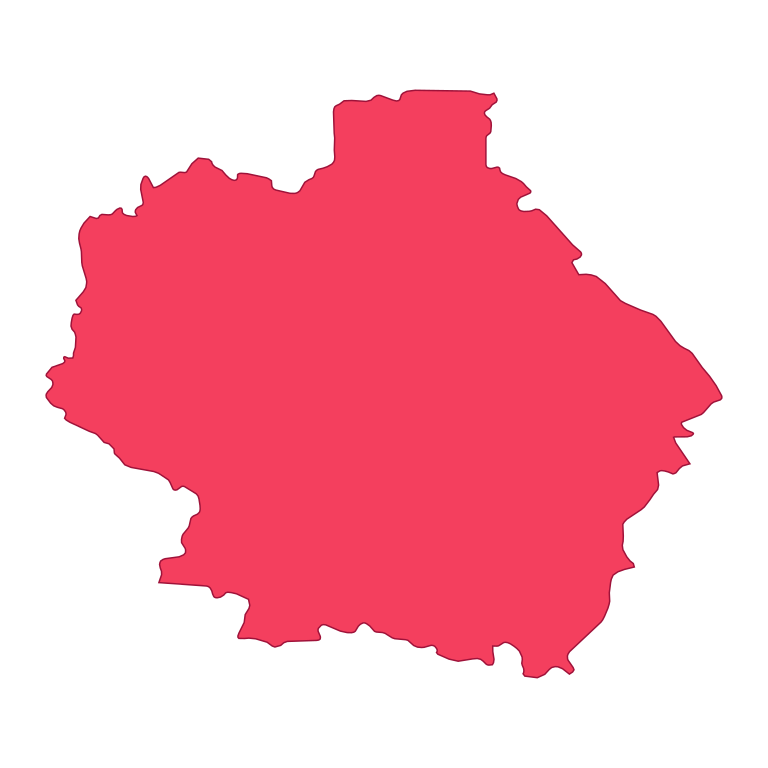 the border of Tambov
{"feature_id": "RUS-2375", "entity_name": "Tambov", "entity_type": "Region", "adm_level": 1, "iso_a3": "RUS", "parent_name": "Russia", "parent_adm1": "", "projection": "natural_earth1", "projection_center": [41.398, 52.709], "detail": "fine", "context": "isolated", "style": "filled", "palette": "rose", "viewbox_px": 768, "rotation_deg": 0, "n_neighbors": 0, "source": "natural_earth", "source_scale": "10m", "svg_char_len": 6041}
<svg xmlns="http://www.w3.org/2000/svg" viewBox="0 0 768 768"><path d="M77.0,314.4L78.9,314.2L80.2,313.3L81.5,310.9L81.6,309.2L81.0,307.8L78.7,306.3L77.5,304.8L75.9,300.3L83.3,291.8L85.9,287.5L86.6,283.3L86.7,281.4L86.1,278.3L82.3,265.8L81.8,262.4L81.4,251.6L81.0,249.0L79.5,243.1L78.8,238.7L79.1,234.0L79.8,230.9L81.0,228.1L84.0,223.1L90.1,216.5L96.3,218.5L98.4,218.0L99.9,215.5L101.9,214.4L108.3,214.9L110.6,214.7L112.3,214.0L115.5,210.6L117.1,209.3L119.9,208.0L121.4,208.3L122.1,209.5L122.4,212.8L123.9,214.3L126.6,215.5L132.7,216.5L135.6,216.3L137.0,215.6L135.3,212.4L135.3,211.0L135.7,209.7L137.6,207.5L141.9,205.4L142.8,204.6L143.3,202.5L140.7,189.4L140.9,184.5L143.1,178.3L144.2,176.7L145.5,176.2L146.8,176.6L147.8,177.5L148.7,178.6L153.4,187.6L156.0,187.3L160.3,185.3L178.9,172.4L180.5,172.2L184.7,172.6L186.5,172.1L191.9,163.7L198.2,158.1L208.7,159.3L211.6,161.7L212.0,163.4L213.1,165.2L215.1,167.1L222.0,170.5L225.8,175.0L229.3,178.3L231.8,179.7L234.2,180.4L235.9,180.1L237.0,179.1L237.5,177.8L237.6,174.7L238.0,174.2L239.4,173.5L241.0,173.3L247.2,173.7L266.5,177.8L268.8,178.9L271.4,180.7L271.8,185.7L272.2,187.2L273.6,189.0L275.7,190.0L290.0,193.3L294.4,193.4L296.3,193.1L297.8,192.4L299.9,190.8L304.8,182.3L308.9,179.7L311.9,178.5L313.4,177.3L314.0,176.0L315.5,171.5L316.6,170.3L318.1,169.4L323.1,168.2L327.3,166.7L331.8,164.2L333.5,162.3L334.5,160.3L334.8,156.9L334.3,150.2L334.7,138.0L334.2,133.2L333.5,111.8L334.0,108.6L334.8,106.8L336.2,105.7L339.5,104.2L344.0,100.8L351.8,100.5L366.1,101.4L371.0,100.2L373.9,97.4L376.8,95.6L378.9,95.3L380.7,95.6L392.8,100.1L396.5,101.0L398.5,100.6L399.8,99.6L401.4,94.8L403.1,93.1L407.0,91.3L415.1,90.3L470.4,91.1L479.5,93.9L487.5,94.8L490.1,94.8L493.9,93.2L496.9,98.8L497.0,100.3L496.2,102.1L492.2,104.7L489.6,108.2L485.7,110.7L484.7,111.7L484.4,113.1L484.9,114.8L486.7,116.8L489.6,119.1L490.5,120.5L491.1,122.4L491.3,125.6L490.8,131.5L490.2,132.9L486.7,135.7L486.1,137.0L485.9,138.5L485.9,164.6L486.3,166.3L487.3,167.6L489.8,168.5L491.8,168.5L497.1,167.1L498.5,167.3L499.6,168.2L500.0,170.3L500.7,172.0L502.4,173.5L505.1,174.8L515.8,178.5L521.3,181.6L523.5,183.5L526.3,186.8L530.6,190.7L530.8,191.9L530.0,193.1L520.6,197.2L518.3,199.4L516.8,203.8L517.4,206.4L518.5,209.0L519.4,210.1L521.3,211.0L523.9,211.5L529.2,211.3L531.8,210.8L535.6,209.2L539.3,209.7L546.7,215.8L572.5,244.8L580.7,252.0L581.4,253.3L581.5,254.8L580.2,257.0L577.0,259.0L573.5,259.8L571.9,262.7L578.8,274.7L586.1,274.3L591.1,274.9L596.3,276.5L605.3,283.6L620.4,300.6L625.3,303.4L640.7,310.1L652.9,314.4L656.0,316.3L660.9,321.3L675.5,341.5L680.0,345.7L684.3,348.3L689.1,350.7L692.2,353.4L702.2,367.5L709.6,376.3L716.1,385.6L721.6,395.7L721.9,397.0L721.7,398.4L720.4,399.8L713.7,402.1L711.2,403.8L703.5,412.6L701.3,414.4L681.8,422.2L681.3,423.3L681.6,424.7L683.5,427.6L686.8,430.3L692.8,432.7L693.4,433.5L693.1,434.3L691.3,435.8L687.2,436.8L674.7,436.9L673.6,437.3L675.7,442.9L689.9,463.8L682.5,465.9L679.4,468.5L675.9,472.8L674.1,473.6L672.9,473.9L668.4,472.0L664.4,470.9L661.7,470.6L660.0,470.8L657.1,472.6L658.6,485.1L657.6,489.5L653.6,494.2L649.9,499.7L644.3,507.0L641.1,509.7L626.8,519.2L624.1,522.1L622.8,524.3L623.3,536.1L623.1,541.3L622.3,545.3L622.9,549.7L626.8,556.9L630.1,561.0L633.3,563.5L634.3,567.0L624.5,569.4L617.9,571.8L613.1,575.1L611.3,579.2L610.6,582.5L609.3,592.8L609.7,601.2L609.1,604.2L607.9,608.2L604.5,616.3L602.7,619.8L601.0,622.1L569.6,651.6L568.1,653.9L567.4,655.9L567.6,659.1L568.2,660.4L573.1,667.5L574.0,669.8L572.6,672.0L569.4,674.1L562.5,668.7L558.0,666.8L555.2,666.6L551.7,667.5L549.3,669.4L544.8,674.3L537.3,677.7L524.8,676.1L523.1,673.8L523.7,672.4L523.9,670.6L523.6,668.4L522.3,665.3L521.8,663.3L522.3,659.6L522.1,657.0L519.4,651.1L516.8,648.4L514.0,646.2L510.4,643.8L507.9,642.7L505.6,642.3L503.8,642.5L498.6,645.8L497.1,646.1L492.7,646.0L492.8,651.6L494.0,659.3L493.5,662.7L492.4,664.7L488.9,665.1L487.3,664.8L486.1,664.1L483.1,661.1L480.7,659.3L477.3,658.5L472.6,658.9L458.2,661.2L449.0,659.1L437.8,654.2L436.5,652.5L437.1,651.5L437.2,649.9L436.5,648.4L434.8,646.3L433.1,645.5L431.2,645.3L424.1,647.3L421.6,647.5L417.5,647.1L413.7,645.5L407.9,640.3L405.7,639.7L394.8,638.7L392.2,637.8L385.0,633.3L382.4,632.5L376.3,632.0L374.5,631.3L369.7,625.9L366.4,623.6L364.7,622.9L363.1,622.9L360.4,624.2L358.3,626.2L355.3,631.2L353.8,632.2L351.5,632.7L347.2,632.6L340.4,631.1L325.6,624.8L323.1,624.6L321.3,625.2L318.4,628.3L318.0,629.7L318.1,631.2L320.3,636.4L320.4,637.8L320.1,639.1L318.8,640.0L316.7,640.4L287.3,641.4L283.8,642.7L280.7,645.4L274.9,647.0L272.2,646.0L267.1,642.2L255.7,638.8L248.8,638.1L244.5,638.5L238.9,638.4L238.0,637.4L237.9,636.0L238.9,633.2L244.2,622.5L245.2,614.6L249.0,608.4L249.8,605.3L248.5,599.3L236.5,593.8L231.3,592.6L227.7,592.2L225.7,592.8L223.8,595.0L220.5,597.1L217.1,597.8L215.4,597.6L214.3,597.1L213.7,596.3L212.6,593.9L211.8,590.9L210.2,588.0L208.5,586.6L206.5,586.0L158.9,582.6L161.6,574.7L161.5,571.3L160.3,568.0L159.6,564.5L160.0,562.5L160.7,561.0L163.1,559.4L165.2,558.7L179.2,556.8L183.7,554.8L185.5,552.7L185.6,549.9L185.2,548.4L181.6,542.7L181.5,539.5L182.2,536.1L183.1,534.2L188.2,528.0L189.2,526.0L190.9,518.5L192.1,517.0L193.6,515.9L197.4,514.2L199.4,512.3L200.0,510.6L200.2,508.8L200.0,505.4L199.0,499.0L198.1,496.1L196.4,493.9L184.6,486.6L183.2,486.2L181.7,486.4L177.0,489.8L175.5,490.1L174.1,489.9L173.0,489.0L170.1,482.5L168.5,479.9L158.6,473.3L153.8,471.5L131.1,467.4L124.8,464.8L119.5,458.1L115.1,454.2L114.4,453.1L114.0,448.9L109.0,443.8L104.1,442.4L97.6,435.1L95.4,433.5L89.3,431.3L69.8,422.2L66.2,420.0L64.6,418.3L66.0,414.6L66.0,413.5L65.6,412.0L64.1,409.9L62.5,408.7L57.4,407.3L53.7,405.8L50.6,403.1L46.4,397.5L46.1,395.4L46.3,394.1L47.8,391.7L51.7,387.5L52.9,384.6L52.9,382.9L52.4,380.8L51.1,379.4L46.9,376.6L46.2,375.5L46.5,374.0L52.0,367.3L62.7,363.6L64.5,362.2L64.9,360.8L63.7,358.5L63.8,357.2L64.8,356.7L68.3,358.2L72.8,358.0L73.5,355.6L73.5,353.1L75.4,347.4L76.0,337.1L75.3,334.1L74.5,332.0L72.1,329.3L71.0,326.1L71.3,322.6L72.1,318.1L73.0,315.3L74.1,314.1L77.0,314.4Z" fill="#f43f5e" stroke="#9f1239" stroke-width="1.5"/></svg>